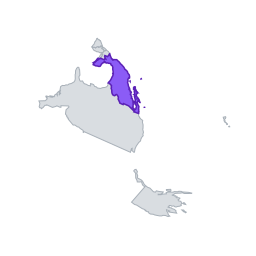 Mexico highlighted among its neighbors, rotated 204°
{"feature_id": "MEX", "entity_name": "Mexico", "entity_type": "country or territory", "adm_level": 0, "iso_a3": "MEX", "parent_name": "North America", "parent_adm1": "", "projection": "robinson", "projection_center": [-103.635, 23.63], "detail": "fine", "context": "with_neighbors", "style": "filled", "palette": "violet", "viewbox_px": 256, "rotation_deg": 204, "n_neighbors": 6, "source": "natural_earth", "source_scale": "50m", "svg_char_len": 10946}
<svg xmlns="http://www.w3.org/2000/svg" viewBox="0 0 256 256"><g transform="rotate(204 128 128)"><path d="M115.9,106.8L166.8,106.8L166.7,105.9L167.3,105.9L167.7,107.2L168.3,107.6L171.5,108.1L173.3,108.8L174.8,108.5L177.7,109.1L179.3,108.4L186.1,111.7L186.3,112.3L186.8,112.5L186.7,112.7L187.6,112.6L188.1,113.5L188.9,113.8L188.8,114.2L190.8,115.3L192.0,119.5L190.5,123.0L190.7,123.5L191.4,123.9L198.3,121.1L197.7,119.7L198.5,119.3L202.1,119.3L202.6,118.4L205.4,116.1L211.7,116.1L211.8,115.5L213.1,115.0L213.9,112.2L215.0,110.4L215.7,111.0L216.9,110.6L217.8,111.3L218.4,114.5L220.4,116.5L214.8,119.2L213.8,121.1L213.9,122.4L214.8,123.6L215.6,123.7L215.2,122.8L215.9,123.3L215.8,124.0L210.4,125.0L208.9,125.7L211.6,125.2L212.3,125.7L209.7,126.4L208.4,126.4L208.5,126.1L208.0,126.7L208.5,126.9L208.3,128.5L207.1,130.4L206.9,129.8L205.8,129.0L206.3,130.3L206.8,130.7L207.0,131.6L205.5,134.5L205.8,132.8L204.7,131.8L204.3,129.9L204.0,130.9L204.6,132.4L203.2,132.0L204.7,132.8L205.0,135.1L205.6,135.2L206.4,138.4L205.3,140.2L203.3,140.9L202.1,142.3L201.1,142.4L200.2,143.3L199.9,144.1L197.9,145.6L196.0,148.2L195.8,149.9L196.2,151.5L198.0,155.3L198.1,156.3L199.2,159.0L199.2,161.6L198.7,163.0L198.1,163.3L197.1,163.0L196.7,162.0L195.9,161.5L193.4,156.7L193.7,155.1L193.1,153.8L191.4,151.8L190.6,151.4L188.6,152.5L187.2,151.3L185.9,150.7L183.7,151.0L181.9,150.7L179.5,151.2L179.9,151.9L179.9,152.8L180.3,153.3L180.0,153.6L179.2,153.3L178.5,153.7L177.0,153.6L175.4,152.4L173.7,152.7L172.2,152.1L169.3,152.9L167.5,154.6L165.5,155.7L164.4,156.8L163.9,157.9L163.9,159.5L164.4,161.5L163.6,161.5L160.6,160.3L159.5,157.5L158.3,156.1L156.6,153.1L155.2,152.1L153.5,152.2L152.2,154.1L150.6,153.4L149.5,152.6L148.4,150.1L145.4,147.4L141.9,147.4L141.9,148.4L136.3,148.4L128.8,145.6L129.0,145.1L124.2,145.6L123.9,144.4L122.7,143.0L121.8,142.7L121.6,142.0L120.5,141.9L119.8,141.3L118.0,141.0L117.5,140.7L117.3,139.3L115.5,137.0L114.1,133.7L114.2,133.1L112.1,130.3L111.9,128.4L111.0,127.1L111.6,125.2L111.7,123.2L111.3,121.3L112.3,119.1L113.1,114.9L113.1,111.8L112.3,108.7L112.6,108.2L115.2,109.0L115.9,111.2L116.5,110.6L115.9,106.8ZM94.6,61.7L88.6,81.4L90.3,81.4L91.7,82.0L93.8,84.4L95.8,83.2L97.6,82.5L98.3,83.6L100.6,85.5L102.6,89.7L105.3,91.1L105.0,92.5L103.9,93.5L101.7,92.0L101.5,90.1L99.7,88.3L99.2,86.2L94.9,86.0L93.0,85.3L90.1,83.0L85.9,81.8L83.5,82.0L78.8,80.1L76.8,80.6L76.6,82.1L73.6,82.7L69.8,83.9L70.0,82.6L71.5,80.5L73.5,79.8L73.3,79.3L70.7,80.5L69.1,81.9L66.1,83.5L66.9,84.5L64.8,86.1L60.7,87.7L59.9,88.7L56.8,89.9L55.8,90.9L53.4,91.8L52.3,91.7L46.6,93.8L43.3,94.5L43.2,94.1L49.9,91.1L52.1,90.9L53.3,90.0L56.2,88.6L58.4,87.4L59.3,85.7L60.6,84.4L58.4,85.1L58.0,84.7L56.8,85.5L56.1,84.4L55.3,85.2L55.1,84.1L53.1,85.0L52.0,85.0L52.4,83.6L53.1,82.8L52.3,82.0L49.9,82.5L48.1,80.9L48.6,79.7L47.8,78.8L49.0,77.6L50.9,76.4L52.0,75.3L53.4,75.1L54.4,75.5L56.1,74.4L57.2,74.6L58.8,74.0L58.9,73.0L58.2,72.6L59.7,71.8L56.8,72.3L56.1,72.7L55.1,72.3L52.7,72.5L50.6,72.0L50.3,71.1L48.9,70.0L55.7,68.1L57.0,68.1L56.2,69.1L59.6,69.0L58.9,67.8L57.4,67.0L55.8,65.1L54.0,64.5L55.4,63.4L58.2,63.3L60.6,62.4L61.4,61.4L63.5,60.5L68.4,59.4L69.7,59.5L72.6,58.5L74.6,58.9L75.2,59.8L76.1,59.4L78.6,59.5L78.3,60.0L80.4,60.3L82.0,60.1L88.8,61.1L90.9,60.8L94.6,61.7ZM41.1,73.9L41.8,74.3L43.0,74.1L45.5,75.0L43.7,75.7L42.3,74.8L40.8,74.9L40.5,74.7L41.1,73.9ZM44.3,175.2L45.4,176.6L43.5,178.0L43.0,177.7L42.8,176.1L43.3,175.5L43.4,174.8L44.3,175.2ZM43.2,173.6L42.3,174.1L41.8,173.2L42.0,173.0L43.2,173.6ZM41.7,172.6L41.6,172.9L40.5,172.8L40.7,172.5L41.7,172.6ZM39.2,171.3L39.9,172.3L38.9,172.3L38.6,171.7L39.2,171.3ZM36.6,170.2L36.3,170.9L35.6,170.5L36.1,170.1L36.6,170.2ZM46.1,81.2L47.3,81.4L47.1,82.2L45.9,82.6L44.2,81.6L46.1,81.2ZM66.4,86.5L67.5,86.7L67.9,87.4L64.1,89.3L63.4,88.7L63.5,87.6L66.4,86.5Z" fill="#d9dde1" stroke="#a8b0b8" stroke-width="1"/><path d="M193.0,197.0L192.5,197.5L190.8,196.6L190.3,197.0L189.0,196.3L188.7,196.6L184.5,192.3L184.7,191.9L185.1,192.3L185.9,192.0L186.4,191.5L186.4,190.3L187.3,190.2L187.7,189.6L188.4,190.1L189.7,188.9L190.1,187.8L191.1,188.2L193.1,187.3L193.8,187.3L193.6,188.1L193.8,189.0L193.1,190.7L193.3,193.5L193.0,193.7L192.9,195.3L192.5,196.0L193.0,197.0Z" fill="#d9dde1" stroke="#a8b0b8" stroke-width="1"/><path d="M193.8,187.3L193.1,187.3L191.1,188.2L190.1,187.8L189.7,188.9L188.4,190.1L187.7,189.6L187.3,190.2L186.4,190.3L186.4,191.5L185.2,192.1L184.9,191.4L184.2,191.2L184.3,190.2L184.1,190.0L182.7,190.1L180.9,188.7L181.4,188.1L181.3,187.2L183.9,185.3L186.0,185.5L187.8,184.9L189.0,185.2L189.9,185.0L191.2,185.3L193.8,187.3Z" fill="#d9dde1" stroke="#a8b0b8" stroke-width="1"/><path d="M180.9,188.7L182.7,190.1L183.6,189.8L184.3,190.2L184.0,191.7L182.0,191.5L180.0,190.8L179.4,190.3L180.6,189.1L180.4,188.8L180.9,188.7Z" fill="#d9dde1" stroke="#a8b0b8" stroke-width="1"/><path d="M174.9,188.4L175.2,187.2L174.9,186.7L175.9,184.8L178.6,184.8L178.6,184.0L176.4,182.0L177.4,182.0L177.4,180.6L181.2,180.6L181.1,185.2L183.2,185.6L181.3,187.2L181.4,188.1L180.9,188.7L180.4,188.8L180.6,189.1L179.4,190.3L177.0,189.9L174.9,188.4Z" fill="#d9dde1" stroke="#a8b0b8" stroke-width="1"/><path d="M181.1,185.2L181.4,180.2L181.8,180.5L182.5,179.0L183.3,179.4L182.9,183.7L181.7,185.2L181.1,185.2Z" fill="#d9dde1" stroke="#a8b0b8" stroke-width="1"/><path d="M124.2,145.6L129.0,145.2L128.8,145.7L136.3,148.5L142.0,148.5L142.0,147.4L145.5,147.4L146.1,148.2L146.4,148.3L147.4,149.3L148.6,150.2L149.1,151.3L149.1,151.6L149.2,152.0L149.6,152.6L150.5,153.2L150.7,153.3L151.9,154.0L152.3,153.9L152.7,153.5L153.0,152.5L153.2,152.2L153.5,152.2L153.8,151.9L154.5,152.1L155.4,152.1L155.6,152.2L157.0,153.6L157.9,155.2L158.0,155.6L158.3,156.0L159.1,157.0L159.6,157.5L159.6,158.0L159.7,158.4L159.7,158.6L160.2,159.3L160.4,160.1L161.1,160.3L161.3,160.5L161.9,160.7L162.1,160.9L163.1,161.0L163.5,161.2L164.0,161.4L164.4,161.2L164.4,161.7L163.7,163.5L163.4,165.0L163.3,166.5L163.3,168.4L163.1,169.2L163.1,169.4L163.3,170.4L163.6,171.1L164.2,171.7L164.0,172.4L164.0,172.2L164.1,171.7L163.6,171.2L163.3,170.6L163.5,171.6L163.8,171.9L164.5,173.5L166.0,175.7L166.4,177.0L167.0,177.7L167.2,178.0L167.4,178.3L167.1,178.2L167.8,178.5L167.6,178.4L167.9,178.5L168.7,178.5L169.0,178.8L169.5,179.0L170.0,179.8L170.7,179.7L172.1,179.2L172.9,179.2L173.4,179.1L173.7,178.9L173.8,178.7L174.4,178.6L175.3,178.5L175.5,178.7L175.4,178.8L175.7,179.1L176.2,179.1L176.8,178.7L176.6,178.3L176.6,178.0L176.4,178.2L177.4,177.4L177.8,177.0L177.9,176.1L178.3,175.6L178.3,174.1L178.6,173.0L179.6,172.4L181.6,172.1L182.4,171.7L183.4,171.6L184.9,172.0L185.1,171.8L185.1,171.7L184.6,171.7L185.2,171.6L185.4,171.6L185.8,172.0L185.8,172.5L185.6,173.6L185.0,174.2L184.7,174.9L184.6,175.2L184.6,175.8L184.3,175.9L184.1,176.3L184.2,176.5L184.7,176.4L184.6,176.7L184.2,177.0L184.4,177.0L184.5,177.1L184.3,178.3L184.1,178.6L184.0,179.3L183.8,179.5L183.6,179.1L183.5,178.5L183.5,178.2L183.4,178.2L183.1,178.5L182.9,179.1L182.5,179.1L182.3,179.5L181.9,180.3L181.7,180.4L181.4,180.2L181.2,180.3L181.2,180.6L177.4,180.6L177.4,182.0L176.5,182.0L177.5,182.9L178.0,183.3L178.2,183.7L178.6,184.0L178.6,184.8L175.9,184.8L175.0,186.7L175.2,187.1L175.1,187.4L175.0,187.8L175.1,188.1L174.9,188.4L173.7,187.0L173.0,186.3L171.4,184.8L170.4,184.3L170.8,184.6L171.2,184.9L170.2,184.5L169.8,184.5L169.8,184.4L170.0,184.2L169.9,184.1L169.6,184.3L169.5,184.1L169.3,184.0L169.1,184.3L169.5,184.4L168.8,184.5L168.2,185.0L167.5,185.2L166.6,185.7L166.0,185.8L165.4,185.6L164.6,185.2L163.4,185.0L162.6,184.5L161.8,184.2L161.3,183.7L159.4,183.2L158.7,182.8L157.0,182.1L155.8,181.3L155.6,181.1L155.4,181.0L154.7,180.3L154.1,180.3L153.1,180.0L151.6,179.4L150.6,178.2L149.6,177.6L148.5,177.1L148.1,176.5L147.8,176.1L147.4,175.5L147.0,174.5L147.2,174.2L147.6,174.2L147.8,174.0L147.8,173.8L147.7,173.6L147.4,173.6L147.9,172.8L147.9,171.9L147.5,171.6L147.0,170.7L147.1,169.9L146.8,169.2L145.5,167.8L145.2,167.2L144.4,166.2L142.7,164.8L143.2,165.0L143.3,165.0L143.2,164.7L142.6,164.6L142.3,164.4L142.2,164.3L142.2,164.0L141.7,163.3L142.0,163.5L142.2,163.4L141.5,163.1L140.8,162.6L140.7,162.5L140.7,162.2L140.2,162.4L140.1,162.2L140.3,162.1L140.5,161.8L140.2,162.0L139.8,162.1L139.6,162.0L139.4,161.8L139.4,161.1L139.8,160.4L140.0,160.5L139.8,160.3L139.7,159.9L139.3,159.5L138.7,159.5L138.5,159.0L138.3,158.6L137.7,158.4L137.3,158.0L137.1,157.7L137.0,157.2L137.2,156.7L136.7,156.6L136.4,156.6L136.0,156.5L135.7,156.1L135.3,155.5L134.9,155.3L134.4,154.4L133.9,154.0L133.8,153.4L133.5,153.2L133.4,152.7L132.8,151.7L132.7,150.9L132.2,150.1L132.1,149.7L132.2,149.4L132.1,149.1L132.3,149.0L132.3,148.8L131.1,148.4L131.1,148.1L130.9,147.9L130.5,147.7L130.4,148.0L130.1,148.0L128.5,147.1L128.7,147.3L128.8,147.7L128.7,148.0L128.6,148.9L128.8,149.3L128.9,149.8L129.0,150.4L129.0,151.1L129.2,151.6L129.5,152.0L129.9,152.3L130.7,153.1L131.1,153.8L131.2,154.2L131.5,154.1L131.6,154.4L131.8,154.5L132.0,155.2L132.5,155.4L132.5,155.7L132.6,155.9L132.6,156.2L132.7,156.4L132.7,156.8L133.1,157.2L133.5,157.5L133.8,158.3L134.2,158.6L134.1,158.8L134.4,159.1L134.4,159.5L134.6,159.8L134.8,159.8L134.5,159.3L134.6,159.0L135.0,159.5L135.1,159.8L135.2,160.2L135.5,160.8L135.6,161.6L135.8,162.2L136.1,162.3L136.3,163.2L136.8,163.8L136.6,164.5L136.8,165.1L137.0,165.4L137.3,165.5L137.5,165.4L137.5,165.2L138.1,165.5L138.5,166.0L138.7,166.4L138.8,166.7L139.1,166.9L139.3,167.1L139.2,167.9L138.5,168.5L138.1,168.5L137.9,168.3L137.8,167.5L137.4,166.8L136.8,166.5L136.0,165.7L135.2,165.1L134.7,164.6L134.4,164.3L133.9,163.9L133.8,163.4L134.0,162.4L133.8,161.4L133.4,160.6L132.8,160.4L132.1,159.8L131.9,159.4L131.8,158.9L131.6,159.3L131.2,159.2L130.9,159.4L130.4,158.8L130.1,158.8L129.9,158.5L129.2,158.2L129.0,157.7L128.1,157.0L128.0,156.8L129.0,156.9L129.5,156.7L129.5,156.9L129.9,157.2L130.0,157.2L129.9,157.0L129.8,156.8L129.8,156.6L129.6,156.5L129.8,156.4L130.0,155.9L130.1,155.4L129.9,154.9L128.3,153.2L127.9,153.0L126.9,152.2L126.7,151.8L126.6,151.7L126.6,150.9L126.3,150.6L126.2,149.7L125.7,149.3L125.7,148.8L125.0,147.9L125.0,147.6L124.9,147.5L125.1,147.4L125.1,147.2L124.7,146.9L124.6,146.4L124.3,146.0L124.2,145.6ZM133.8,154.0L133.7,154.6L133.2,154.4L133.3,153.6L133.7,153.4L133.8,154.0ZM131.9,153.9L131.7,153.8L131.2,153.3L131.1,153.0L131.1,152.6L131.4,152.8L131.5,153.2L131.8,153.3L131.9,153.9ZM186.0,174.0L185.5,174.8L185.5,174.5L185.6,174.3L185.7,174.1L186.0,174.0ZM133.9,164.6L133.7,164.4L133.7,164.2L133.6,163.6L133.8,162.8L133.8,163.0L133.7,163.9L133.9,164.6ZM127.8,156.0L127.7,156.3L127.4,156.1L127.6,155.9L127.6,155.6L127.8,156.0ZM121.6,154.1L121.3,153.7L121.5,153.6L121.6,154.1ZM134.7,165.0L134.0,164.6L134.3,164.6L134.7,165.0ZM145.3,171.6L145.2,171.8L145.1,171.7L145.0,171.4L145.3,171.6ZM137.0,163.5L137.1,163.8L136.8,163.6L136.7,163.3L137.0,163.5ZM136.0,161.0L135.9,161.1L135.7,161.5L135.8,161.0L136.0,161.0ZM136.1,178.4L136.0,178.5L135.8,178.3L136.0,178.1L136.1,178.4ZM175.9,178.6L175.6,178.6L176.1,178.3L175.9,178.6ZM138.5,165.5L138.4,165.4L138.4,165.1L138.6,165.5L138.5,165.5Z" fill="#8b5cf6" stroke="#5b21b6" stroke-width="1.5"/></g></svg>